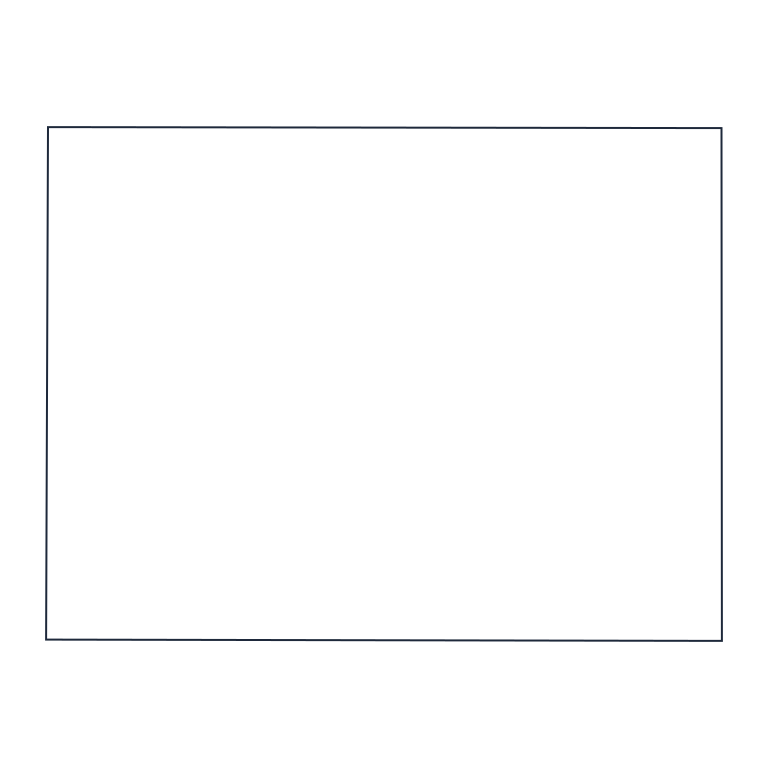 the district of Humboldt, Iowa, United States of America
{"feature_id": "52423323B78880616957132", "entity_name": "Humboldt", "entity_type": "district", "adm_level": 2, "iso_a3": "USA", "parent_name": "United States of America", "parent_adm1": "Iowa", "projection": "orthographic", "projection_center": [-94.16, 42.776], "detail": "fine", "context": "isolated", "style": "outline", "palette": "slate", "viewbox_px": 768, "rotation_deg": 0, "n_neighbors": 0, "source": "geoboundaries", "source_scale": "gbopen_adm2", "svg_char_len": 185}
<svg xmlns="http://www.w3.org/2000/svg" viewBox="0 0 768 768"><path d="M721.9,640.9L721.5,128.1L48.0,127.1L46.1,639.6L721.9,640.9Z" fill="none" stroke="#1e293b" stroke-width="2"/></svg>